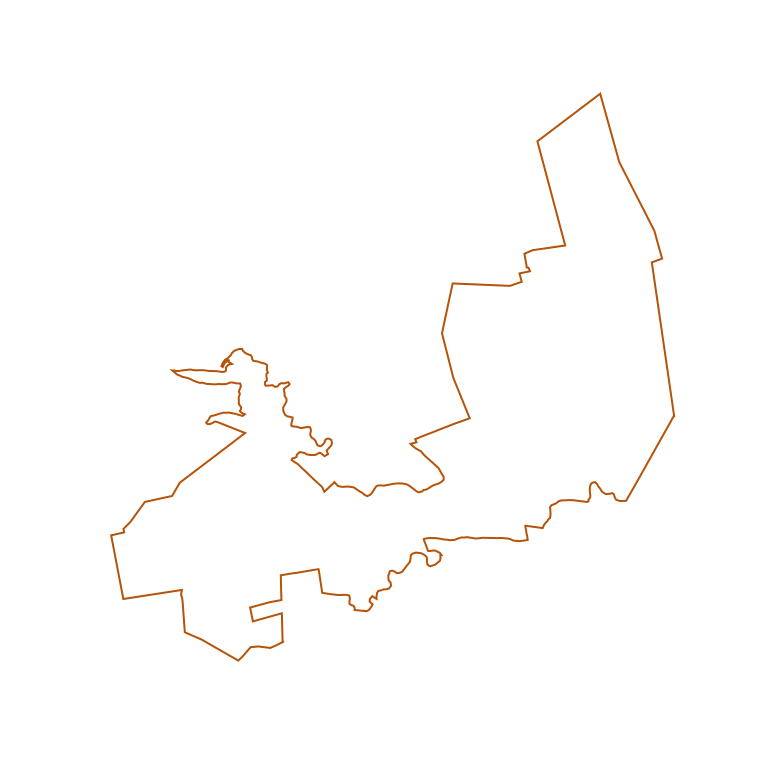 outline of San Francisco Ixhuatán, Oaxaca, Mexico, rotated 79°
{"feature_id": "50627088B52661088255154", "entity_name": "San Francisco Ixhuatán", "entity_type": "district", "adm_level": 2, "iso_a3": "MEX", "parent_name": "Mexico", "parent_adm1": "Oaxaca", "projection": "natural_earth1", "projection_center": [-94.502, 16.336], "detail": "fine", "context": "isolated", "style": "outline", "palette": "amber", "viewbox_px": 768, "rotation_deg": 79, "n_neighbors": 0, "source": "geoboundaries", "source_scale": "gbopen_adm2", "svg_char_len": 6162}
<svg xmlns="http://www.w3.org/2000/svg" viewBox="0 0 768 768"><g transform="rotate(79 384 384)"><path d="M532.1,157.6L470.6,105.5L470.7,105.3L315.7,97.9L314.0,87.1L285.1,89.4L211.1,110.7L140.3,116.4L175.0,187.1L282.6,179.7L281.0,212.4L282.9,221.3L295.5,221.5L296.8,221.8L297.6,219.8L301.2,219.2L301.3,229.9L310.0,229.3L311.7,241.7L298.4,297.4L330.2,311.0L345.3,317.4L374.9,315.7L391.1,314.8L434.0,306.4L435.2,314.1L435.9,319.0L436.8,324.8L437.2,326.6L439.4,338.8L440.7,345.4L441.9,352.5L442.8,357.3L443.6,361.2L444.1,363.9L447.4,363.3L447.6,365.1L447.8,369.4L449.8,368.0L452.0,366.3L453.8,364.6L456.2,361.6L457.6,360.2L460.1,359.0L462.8,357.2L464.6,355.8L466.8,354.2L468.9,352.6L470.4,351.3L471.9,350.3L475.1,347.9L477.1,346.4L479.8,345.5L481.9,344.9L486.3,343.2L489.4,343.7L489.6,343.9L490.5,345.3L491.5,347.4L492.2,349.7L492.4,352.0L492.9,354.9L493.6,357.3L495.0,360.4L495.8,363.6L495.5,365.3L496.8,367.3L496.9,370.9L495.4,372.7L493.1,374.6L488.7,378.6L487.4,380.1L486.5,381.6L485.3,384.7L484.7,386.9L484.2,389.6L483.7,394.2L483.8,396.7L483.8,403.3L482.7,407.3L482.6,409.3L482.9,411.0L484.8,413.0L487.2,415.3L488.9,416.9L490.1,418.8L490.9,421.9L488.7,424.6L486.7,426.1L485.0,428.2L479.8,433.3L478.6,436.4L477.7,439.3L477.3,442.5L477.0,444.9L475.4,448.5L472.6,450.4L470.8,451.4L472.1,453.0L473.6,455.6L476.2,459.6L478.4,463.2L473.4,464.3L463.6,471.6L461.8,472.8L460.2,474.0L459.2,474.6L454.1,478.2L450.3,481.1L446.4,483.7L442.5,487.7L441.0,489.2L439.6,488.3L439.5,486.0L438.8,483.8L436.8,483.1L434.8,480.0L435.7,477.2L436.6,475.1L438.4,473.2L439.7,469.5L440.3,466.7L440.5,465.0L439.6,461.7L439.2,460.1L440.5,458.6L443.5,456.2L442.2,452.3L438.4,453.0L434.2,447.5L432.0,446.3L428.9,446.4L427.2,448.2L426.8,450.8L428.1,452.7L430.2,453.6L432.4,456.5L432.9,458.2L432.1,460.2L430.7,461.3L427.0,462.0L424.8,463.2L423.1,465.1L420.9,466.0L418.9,466.0L416.6,464.9L414.7,464.5L412.3,465.0L411.5,467.9L411.6,470.9L411.3,474.2L410.2,476.2L409.3,478.0L407.9,482.4L407.0,483.0L404.4,482.1L402.5,481.1L399.6,480.1L398.3,482.3L397.3,485.1L395.6,486.8L391.5,488.0L387.9,487.5L382.9,483.3L381.3,482.7L379.2,482.7L377.3,483.7L375.7,483.7L374.2,483.4L372.0,483.4L369.6,483.1L368.1,480.0L367.3,478.0L366.1,476.7L364.0,477.6L364.3,482.4L363.6,484.3L364.2,486.8L366.1,488.9L366.0,491.5L363.8,493.8L363.7,496.9L363.0,500.6L361.4,501.0L359.2,500.3L358.3,498.4L356.8,498.1L353.1,497.9L351.6,497.3L350.7,495.8L348.5,496.2L347.0,496.2L343.3,495.2L341.6,496.5L338.7,502.3L337.6,504.1L336.5,507.7L334.5,508.7L332.8,508.4L330.4,509.2L328.7,512.2L326.8,514.5L324.5,516.1L322.5,516.6L322.0,519.8L322.3,521.6L323.0,525.0L324.6,527.3L326.6,529.1L327.9,531.1L329.3,533.5L329.9,535.4L331.8,537.4L333.1,538.6L335.4,540.2L336.6,539.0L334.8,537.8L333.0,536.4L332.0,534.3L330.1,533.6L331.1,531.8L333.0,532.3L334.1,530.6L335.3,529.4L335.5,533.4L337.7,536.1L340.2,536.4L341.4,537.4L341.4,540.5L340.7,542.2L339.5,545.7L337.7,553.7L336.0,558.6L335.2,562.7L334.8,565.4L334.1,568.2L332.9,571.1L332.3,577.1L332.2,579.1L332.1,582.7L331.8,584.7L330.9,586.8L330.3,589.2L334.4,585.9L335.6,584.8L337.0,582.5L338.5,580.7L339.3,578.6L341.4,574.2L343.7,571.3L345.0,569.5L346.4,567.1L347.8,564.5L348.1,561.9L349.0,560.4L350.3,557.3L350.4,556.3L350.6,555.6L351.0,554.2L352.1,550.1L352.5,546.1L353.1,543.8L353.7,540.6L353.9,538.8L353.2,534.7L353.5,532.8L355.2,528.7L356.1,525.1L358.1,524.8L359.8,525.4L362.3,527.1L364.1,528.0L365.8,527.3L368.0,528.3L369.5,529.2L371.6,529.5L374.3,530.0L376.2,530.2L377.6,529.6L379.5,528.6L381.8,529.4L383.0,530.7L384.6,529.7L386.2,528.0L387.2,526.4L388.4,528.8L386.5,532.7L385.0,535.4L382.4,542.0L382.0,545.0L381.5,547.1L381.7,550.3L382.3,555.5L382.5,558.0L382.4,559.8L384.0,561.8L386.0,563.4L388.0,566.0L389.7,564.9L390.1,562.4L389.5,559.6L388.6,557.1L389.5,554.9L405.6,529.7L422.0,562.8L441.9,603.3L453.5,613.4L454.1,641.2L471.2,659.5L476.5,667.4L480.1,667.4L480.5,680.7L545.3,680.9L547.6,621.7L552.0,623.4L556.3,623.0L560.7,623.4L589.7,626.9L599.4,612.8L599.4,612.6L627.7,579.8L624.3,574.5L616.9,565.2L617.6,557.9L617.6,557.7L621.4,546.0L620.3,541.1L617.9,532.2L616.9,532.6L589.6,528.0L590.2,535.8L590.5,539.5L590.8,543.2L592.0,558.0L577.9,558.1L576.8,543.6L576.4,538.3L576.5,525.9L567.8,524.5L552.1,521.8L552.4,509.5L552.7,506.3L553.2,483.7L553.8,483.5L577.2,484.5L579.8,477.5L581.2,473.1L582.3,469.5L582.9,466.3L583.6,461.9L584.9,458.5L588.1,458.4L591.0,459.5L593.2,459.8L594.9,458.3L595.7,456.4L597.7,455.5L600.3,455.9L603.7,444.3L603.1,442.3L601.9,440.7L600.2,438.9L598.1,437.2L595.5,439.1L595.1,439.6L592.4,439.0L590.0,436.0L591.9,434.1L593.5,432.3L591.4,432.0L587.6,430.6L586.0,428.9L586.0,426.0L585.5,423.5L586.0,420.7L585.6,418.0L583.3,415.5L579.9,415.5L578.0,416.8L575.7,416.8L572.8,416.3L571.1,415.1L568.9,414.0L568.7,411.7L569.9,409.6L572.2,407.3L572.4,404.7L571.9,402.2L563.5,392.5L560.1,391.2L557.0,390.3L555.9,388.0L555.6,384.7L557.2,379.9L558.8,377.6L561.5,375.3L563.8,375.1L566.2,375.7L567.8,375.8L569.4,375.8L571.2,374.3L571.8,373.2L571.0,368.0L568.2,362.8L565.8,361.8L562.9,361.4L563.0,360.2L560.4,361.4L559.6,362.5L557.2,365.6L556.9,367.5L556.5,372.3L555.3,372.8L550.6,373.5L546.4,374.3L543.9,374.6L543.6,372.4L543.7,370.6L543.9,368.5L544.5,365.8L545.4,361.8L546.9,357.6L548.0,354.9L548.9,351.7L550.0,348.7L550.5,344.4L549.9,341.5L549.6,339.6L549.4,337.0L550.0,334.9L550.2,331.6L553.2,323.5L553.9,316.0L556.0,306.2L556.9,302.3L557.5,298.3L558.3,295.3L559.4,291.9L559.9,290.5L560.8,289.0L562.3,287.1L564.1,281.0L564.2,279.4L564.4,276.2L564.5,272.7L561.9,272.5L557.0,272.6L555.1,272.4L552.0,272.5L550.1,272.2L555.7,255.7L553.0,253.9L551.4,252.2L549.9,250.1L548.1,248.3L547.2,246.5L544.9,245.8L544.2,245.5L542.0,245.1L536.6,244.5L534.9,242.6L534.6,240.7L534.1,238.2L532.4,234.8L532.3,233.7L532.1,232.6L532.3,231.0L532.9,227.5L533.2,224.8L534.0,221.0L538.5,207.3L538.3,205.8L536.9,205.5L534.7,203.3L532.8,202.7L530.6,202.7L527.6,202.3L524.5,201.5L522.2,200.4L520.7,198.6L520.5,195.7L523.0,193.9L525.3,193.2L527.3,192.1L529.8,191.0L531.1,190.8L531.5,190.3L533.1,188.8L534.4,187.1L534.8,183.7L534.7,180.7L536.4,179.3L538.1,179.3L540.0,178.9L541.7,178.4L543.7,175.3L543.9,174.6L544.9,168.7L537.5,162.3L532.1,157.6Z" fill="none" stroke="#b45309" stroke-width="2"/></g></svg>